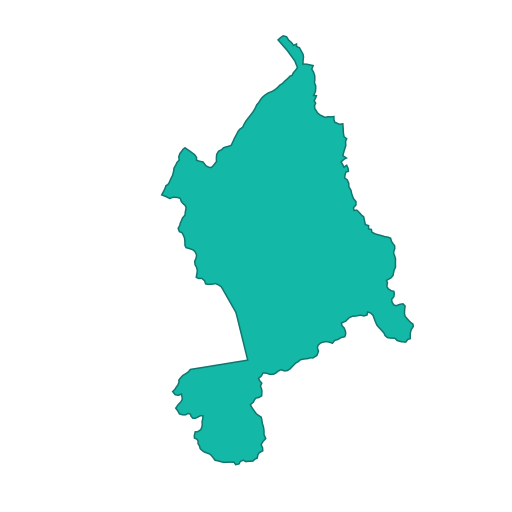 Mimoso do Sul, Espírito Santo, Brazil (Mercator projection), rotated 238°
{"feature_id": "56859067B70234229782601", "entity_name": "Mimoso do Sul", "entity_type": "district", "adm_level": 2, "iso_a3": "BRA", "parent_name": "Brazil", "parent_adm1": "Espírito Santo", "projection": "mercator", "projection_center": [-41.385, -21.065], "detail": "fine", "context": "isolated", "style": "filled", "palette": "teal", "viewbox_px": 512, "rotation_deg": 238, "n_neighbors": 0, "source": "geoboundaries", "source_scale": "gbopen_adm2", "svg_char_len": 5250}
<svg xmlns="http://www.w3.org/2000/svg" viewBox="0 0 512 512"><g transform="rotate(238 256 256)"><path d="M89.8,128.2L88.7,131.4L90.1,133.9L89.5,137.1L87.1,138.3L85.6,141.3L83.7,144.8L84.3,147.1L83.9,149.9L86.5,152.3L87.5,154.6L87.2,158.5L89.8,159.9L93.3,160.4L95.0,163.6L96.0,167.5L100.4,168.2L103.6,170.2L106.9,171.7L110.7,172.7L114.4,174.3L116.7,175.0L118.8,174.0L121.8,172.7L125.8,172.4L129.8,172.2L132.9,172.4L133.4,176.2L135.0,178.7L135.5,181.0L134.5,183.3L134.4,186.7L136.8,188.4L138.8,189.7L140.9,190.4L143.3,190.8L145.1,193.5L148.3,193.0L150.9,193.3L151.4,197.0L153.1,199.9L151.3,202.6L148.2,205.1L146.5,208.1L146.2,210.9L146.6,213.4L146.4,216.8L143.5,219.2L142.2,221.9L142.2,225.0L142.9,227.6L143.6,230.5L144.2,233.0L144.0,235.7L144.5,238.6L143.3,241.9L141.4,245.9L140.9,248.2L139.4,250.2L139.4,255.0L142.2,258.6L145.6,259.4L147.4,261.2L148.0,264.7L147.4,267.3L146.2,270.2L144.1,272.5L141.5,274.6L142.7,277.9L141.8,281.3L141.7,285.0L140.5,288.5L142.1,290.5L144.0,291.7L146.2,292.3L148.5,292.6L151.4,292.0L153.9,292.9L153.2,297.4L154.3,302.3L153.8,305.8L152.1,309.1L150.4,313.4L148.0,315.7L147.1,318.8L149.3,321.0L147.0,323.0L143.6,323.8L139.9,323.0L136.1,322.3L133.2,321.9L130.5,322.3L127.1,323.0L122.8,323.7L120.1,323.3L117.2,324.2L115.3,326.3L113.9,328.4L112.5,330.3L109.5,330.9L106.4,333.7L103.6,337.4L104.8,340.4L104.2,343.1L106.5,344.4L109.3,346.4L111.5,348.9L112.9,352.1L115.2,353.0L117.6,352.0L120.2,351.4L122.5,351.0L125.8,350.5L128.5,351.4L132.0,353.8L134.5,355.9L137.6,355.3L138.9,352.0L139.5,348.6L141.6,346.9L145.0,347.0L147.3,348.0L148.5,351.4L150.8,353.3L152.9,354.2L154.7,352.4L158.0,350.8L160.9,350.8L163.6,353.3L166.2,353.8L165.9,358.6L166.8,361.8L170.7,365.5L172.6,368.4L176.3,370.6L179.8,372.9L182.8,373.7L185.6,374.2L187.3,375.8L188.7,377.6L191.2,379.0L194.0,378.7L196.8,378.7L199.8,379.6L202.2,377.8L204.0,375.6L206.7,373.3L209.8,370.4L211.6,368.8L214.8,366.9L217.4,367.9L219.3,365.8L222.1,367.6L224.6,365.4L227.3,366.3L232.3,368.1L234.6,367.2L237.7,366.7L241.4,365.8L242.8,363.2L245.3,364.3L246.3,367.8L249.1,369.6L253.3,369.1L256.1,369.7L258.6,370.3L261.6,371.4L265.3,371.4L268.6,373.2L272.1,373.7L275.2,372.6L277.3,374.2L279.6,376.8L278.8,379.2L281.4,380.5L284.9,381.0L284.7,377.7L288.1,378.0L290.7,378.0L291.4,382.1L291.2,384.6L295.1,382.8L297.5,385.4L302.1,390.7L305.8,392.7L307.3,395.0L310.5,393.9L313.8,395.2L316.1,396.5L318.7,397.9L322.1,399.7L323.4,396.6L325.6,395.2L327.7,393.7L330.5,394.4L333.0,396.0L334.2,393.4L336.0,390.8L336.9,388.1L339.4,386.5L341.5,385.1L344.8,384.0L347.2,384.1L349.5,383.9L352.5,385.3L354.0,387.6L356.8,387.6L358.4,390.3L360.0,392.2L361.6,389.9L363.9,393.5L366.7,395.6L368.8,396.9L371.6,397.2L374.6,399.5L377.7,401.3L381.7,402.3L384.9,402.3L387.2,405.4L389.7,402.8L391.9,400.5L393.9,397.5L396.8,399.5L399.7,401.8L402.2,402.8L405.8,403.0L409.7,403.2L412.1,401.4L414.3,402.7L414.7,399.4L417.8,399.3L421.8,398.1L425.7,398.1L428.3,395.8L428.2,392.7L427.6,389.2L413.7,391.4L400.7,392.3L397.7,391.7L393.8,391.0L392.6,388.0L391.6,384.7L390.1,382.5L390.5,380.1L389.7,376.9L389.1,373.1L388.2,369.4L388.3,367.0L387.5,363.7L387.0,360.5L387.0,357.2L387.8,352.7L387.7,348.8L387.2,345.5L386.2,342.6L384.7,339.7L383.8,336.7L382.1,334.2L380.5,331.3L379.2,328.3L378.1,325.3L377.1,322.5L375.8,319.0L374.0,315.7L372.2,312.8L372.1,309.4L371.1,306.7L369.8,304.6L368.6,302.5L367.0,299.7L365.0,296.8L363.0,293.6L363.5,291.2L364.4,288.4L365.0,285.8L364.4,283.2L364.7,279.7L363.0,276.5L360.0,274.2L357.0,272.5L356.2,270.1L355.3,267.8L354.7,265.0L356.1,263.1L358.9,261.4L361.7,261.1L363.9,260.9L366.1,258.5L368.7,256.3L371.1,257.8L374.3,257.7L377.6,256.4L380.5,255.3L383.3,254.0L385.4,253.2L385.2,250.8L384.2,248.4L383.3,245.8L381.2,243.2L378.0,241.6L377.2,238.5L375.5,236.0L374.0,233.0L371.3,230.8L368.6,228.0L366.6,224.6L364.5,221.7L363.3,219.2L363.4,216.9L361.6,214.8L359.8,211.9L357.8,208.4L354.0,211.2L350.4,213.4L349.9,216.4L348.8,218.3L347.0,220.7L345.0,222.3L341.8,221.5L339.0,221.9L336.6,222.7L334.0,222.4L330.7,219.3L328.3,217.4L327.3,214.0L325.3,211.2L324.0,209.2L322.2,207.4L320.8,204.7L317.3,203.9L315.0,205.6L312.7,205.5L309.1,204.9L305.3,203.0L302.7,201.4L300.2,201.1L297.4,203.6L294.9,205.6L292.4,206.6L288.5,206.2L286.1,204.3L284.0,201.2L280.8,199.7L278.0,199.6L274.7,198.5L272.1,196.3L269.6,194.0L267.4,195.4L265.7,198.2L262.2,199.3L259.0,198.5L257.1,200.7L255.4,203.8L253.9,207.3L251.1,209.0L248.4,210.2L246.2,210.2L219.0,209.1L214.7,207.8L172.1,193.8L173.6,190.1L177.3,181.4L182.8,168.2L183.9,165.7L185.3,162.3L188.0,155.8L194.6,140.2L193.6,137.3L193.4,133.8L193.5,130.8L192.6,127.4L191.7,124.9L189.7,123.7L188.0,121.4L187.0,118.8L185.8,116.3L185.2,113.5L181.3,113.9L179.0,116.3L178.5,119.6L175.5,118.5L173.5,117.5L172.2,115.2L171.3,111.6L169.5,107.3L166.0,107.6L162.6,107.4L160.1,109.7L158.7,112.0L158.4,115.1L156.5,116.5L154.3,116.0L151.7,116.5L150.5,118.7L150.2,121.9L150.0,124.3L148.6,126.3L146.5,124.9L144.1,122.5L141.6,121.1L139.8,119.6L138.0,117.2L137.9,113.3L139.1,111.3L136.4,108.5L134.3,107.3L132.3,108.6L130.2,109.0L127.5,107.4L124.8,107.4L122.4,106.6L120.0,107.1L117.1,108.3L114.7,110.2L112.9,111.6L110.8,112.4L107.6,112.8L104.5,113.0L102.3,115.3L100.0,117.4L98.1,119.2L96.7,121.7L94.6,125.3L92.8,128.1L89.8,128.2Z" fill="#14b8a6" stroke="#0f766e" stroke-width="1.5"/></g></svg>